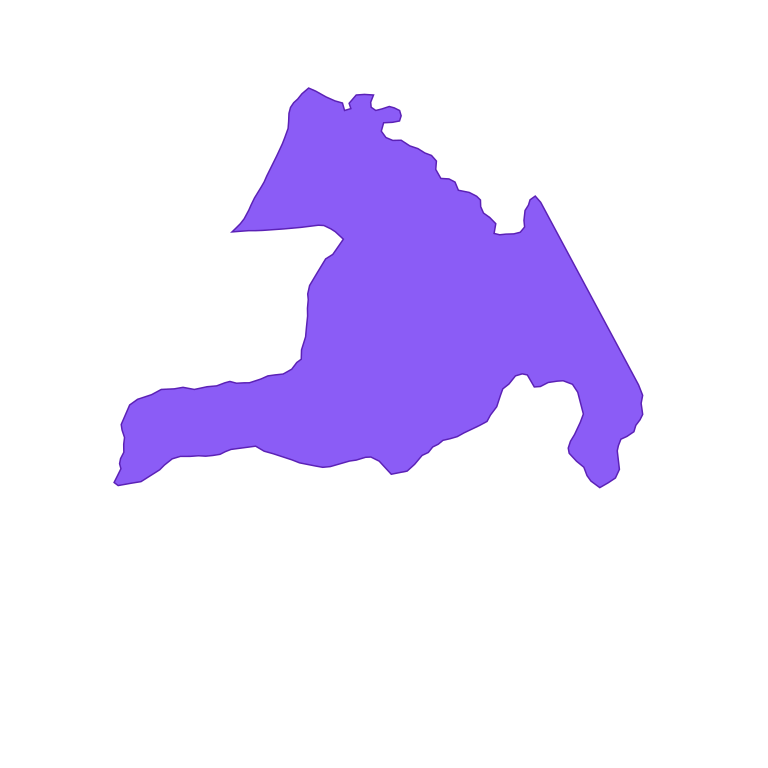 the district of Governador Luiz Rocha, Maranhão, Brazil, rotated 37°
{"feature_id": "56859067B14597495707649", "entity_name": "Governador Luiz Rocha", "entity_type": "district", "adm_level": 2, "iso_a3": "BRA", "parent_name": "Brazil", "parent_adm1": "Maranhão", "projection": "orthographic", "projection_center": [-44.107, -5.572], "detail": "fine", "context": "isolated", "style": "filled", "palette": "violet", "viewbox_px": 768, "rotation_deg": 37, "n_neighbors": 0, "source": "geoboundaries", "source_scale": "gbopen_adm2", "svg_char_len": 2690}
<svg xmlns="http://www.w3.org/2000/svg" viewBox="0 0 768 768"><g transform="rotate(37 384 384)"><path d="M597.4,237.4L587.8,231.5L399.8,144.6L391.7,142.9L389.8,149.0L391.7,154.2L392.2,160.5L397.3,169.1L401.8,174.0L401.5,180.8L397.3,186.0L391.1,191.0L386.6,195.2L381.3,197.5L376.8,188.7L368.4,187.4L360.6,187.6L354.5,184.2L350.3,179.0L345.0,178.3L336.8,179.7L326.8,184.5L319.2,180.0L312.5,181.1L305.7,185.6L296.2,181.5L291.7,174.4L284.4,172.9L277.6,174.9L269.4,175.6L261.3,178.3L251.0,179.0L244.4,184.2L237.2,186.0L229.7,183.7L226.5,175.6L233.3,169.9L238.1,164.6L236.3,159.5L231.9,156.2L226.0,157.3L221.2,159.2L216.7,165.7L212.8,170.5L207.2,170.7L203.8,167.0L201.7,159.5L194.1,164.5L187.9,169.9L187.2,180.8L191.8,184.0L187.9,189.3L181.7,184.6L174.5,187.4L165.0,189.6L153.2,191.2L145.7,193.0L143.8,201.6L143.6,208.4L142.6,213.7L142.9,219.4L145.2,225.0L149.9,231.8L153.6,237.6L156.5,247.0L158.3,253.4L161.0,266.1L165.2,288.5L166.7,294.8L167.4,300.7L168.6,313.3L170.1,321.0L171.4,326.5L172.9,336.3L172.8,342.5L172.0,348.2L171.1,354.0L178.8,347.2L183.5,343.1L188.8,339.1L194.6,334.4L210.8,320.3L223.3,309.0L236.0,296.7L240.6,293.6L248.1,292.1L253.4,291.7L264.4,292.8L264.9,305.2L265.1,311.3L262.1,319.2L263.7,335.2L265.3,350.1L268.9,358.0L272.8,362.3L277.3,369.6L282.1,375.7L288.2,385.8L293.0,393.5L297.6,406.4L303.0,414.0L301.4,419.3L301.4,427.7L297.4,436.8L291.2,442.6L286.4,447.4L282.5,454.4L275.8,464.0L271.4,467.4L265.8,472.1L259.4,474.7L256.2,478.8L251.5,486.2L244.4,492.6L235.8,502.5L225.5,507.6L219.4,514.1L209.4,522.4L204.8,532.4L196.4,544.5L193.5,553.8L198.5,574.5L202.5,578.4L209.0,582.9L212.4,588.8L217.3,595.1L218.5,602.1L220.8,606.8L224.9,610.0L226.4,617.9L227.7,625.1L232.8,625.1L241.9,615.3L248.7,608.2L256.5,587.5L257.4,580.9L259.9,571.2L264.9,564.4L272.7,558.5L279.1,552.9L285.1,548.9L290.3,544.1L295.4,538.8L298.0,533.5L301.2,528.3L318.9,510.9L328.7,509.8L337.4,506.4L356.1,500.0L364.0,497.8L378.5,490.8L385.2,487.4L390.8,482.3L402.9,466.2L407.6,461.5L413.4,453.6L417.5,450.2L426.6,448.5L444.1,451.7L454.9,439.6L456.8,429.7L457.4,418.1L460.6,412.0L460.8,405.0L463.6,399.4L465.0,393.5L469.8,387.8L474.2,381.9L477.3,374.9L485.2,359.7L488.8,351.9L487.7,344.8L487.7,334.3L483.8,322.9L481.8,316.4L483.8,308.8L484.1,298.4L488.3,292.7L493.0,290.5L505.8,295.9L510.4,291.9L514.2,284.0L520.7,277.4L525.1,273.6L534.7,270.8L543.7,274.0L561.3,288.0L563.8,296.4L566.6,309.7L567.4,317.6L569.7,324.3L573.6,327.9L584.2,329.8L593.7,330.2L601.3,335.0L607.7,337.0L618.7,336.9L622.5,328.0L625.4,319.8L623.4,310.5L610.5,297.0L608.3,292.2L606.4,285.5L609.6,279.6L612.3,271.7L610.0,265.5L610.0,258.5L608.9,252.6L601.0,244.7L597.4,237.4Z" fill="#8b5cf6" stroke="#5b21b6" stroke-width="1.5"/></g></svg>